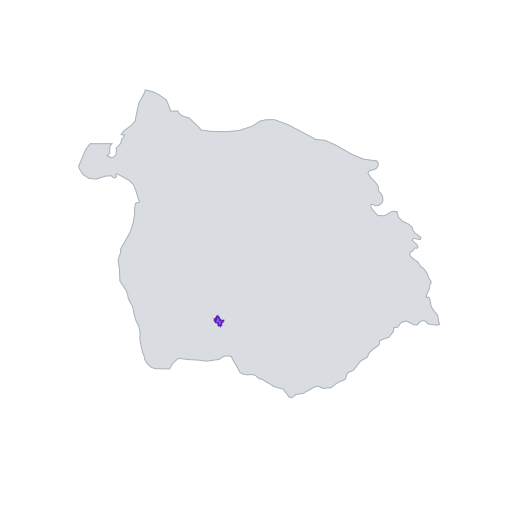 location of Panaci, Suceava, Romania, rotated 196°
{"feature_id": "2599482B10170445838699", "entity_name": "Panaci", "entity_type": "district", "adm_level": 2, "iso_a3": "ROU", "parent_name": "Romania", "parent_adm1": "Suceava", "projection": "orthographic", "projection_center": [25.439, 47.202], "detail": "fine", "context": "in_parent", "style": "filled", "palette": "violet", "viewbox_px": 512, "rotation_deg": 196, "n_neighbors": 0, "source": "geoboundaries", "source_scale": "gbopen_adm2", "svg_char_len": 5666}
<svg xmlns="http://www.w3.org/2000/svg" viewBox="0 0 512 512"><g transform="rotate(196 256 256)"><path d="M388.8,284.8L393.4,290.8L399.1,293.8L412.1,296.7L413.2,296.2L413.3,295.6L412.4,294.7L412.2,293.6L412.8,292.2L414.6,292.0L417.5,293.2L423.0,291.1L430.9,285.8L438.3,284.5L445.3,287.0L448.9,290.2L451.3,293.3L450.8,297.2L450.5,299.7L449.3,310.0L448.2,313.8L446.4,318.2L425.3,324.3L426.6,321.8L425.9,317.6L424.9,314.4L426.7,311.4L421.9,310.6L419.9,312.2L418.3,315.1L420.1,321.5L417.9,325.1L417.1,327.1L417.2,331.8L415.9,333.9L415.7,336.2L419.1,335.4L417.7,339.6L411.6,347.6L409.5,352.4L410.8,370.8L408.3,381.9L408.2,385.2L401.3,385.5L399.2,385.4L392.6,383.9L385.2,381.3L380.7,375.7L377.8,371.7L371.7,373.8L370.5,373.3L368.7,371.4L364.0,370.2L358.2,370.3L345.1,363.2L343.7,362.0L333.5,363.4L318.4,367.4L306.8,372.0L294.8,380.2L289.9,386.4L284.3,389.6L276.2,392.1L261.7,391.1L246.7,388.0L230.6,384.5L221.9,386.2L210.1,384.6L192.4,380.3L179.2,378.7L166.1,380.7L164.0,378.8L163.6,376.8L164.2,373.9L166.1,371.6L169.3,370.0L171.0,368.3L171.2,366.4L167.8,363.4L160.7,359.2L157.8,356.5L157.1,355.9L156.9,353.6L155.5,351.8L152.8,350.4L150.7,348.0L149.3,344.5L149.7,341.4L152.0,338.4L154.8,337.2L158.2,337.8L159.7,337.0L159.2,334.8L155.9,332.0L150.0,328.5L143.7,330.1L137.2,336.6L132.6,337.6L130.0,332.8L125.2,329.9L118.1,328.7L113.8,326.7L112.3,324.0L109.3,321.8L102.6,319.3L102.6,317.2L103.7,316.8L106.1,316.7L109.4,316.4L110.0,315.3L110.1,314.2L107.6,312.7L105.0,311.6L103.7,310.6L102.9,309.6L102.8,308.5L103.6,307.8L104.6,307.8L105.7,307.2L106.4,304.8L107.9,302.8L108.9,302.1L108.9,300.6L108.0,299.1L106.6,297.8L104.6,297.0L98.2,294.5L95.1,291.3L93.1,291.1L90.1,289.3L86.8,286.5L84.1,282.6L81.0,280.1L80.3,279.1L80.3,278.1L80.9,277.1L80.9,276.0L80.3,272.4L81.1,268.6L81.2,265.0L81.2,263.4L80.6,262.8L80.1,263.4L79.2,264.0L78.5,264.1L76.3,261.3L73.7,255.8L71.8,253.9L68.1,251.2L64.9,249.0L62.9,244.4L60.7,240.8L62.4,239.5L71.8,238.1L76.0,240.3L77.9,239.7L79.9,238.2L81.0,237.0L81.3,235.6L82.3,234.0L85.5,233.4L93.7,234.9L97.2,232.7L98.5,231.5L99.4,228.7L100.4,226.4L103.4,225.4L103.5,223.3L103.2,221.0L105.2,216.0L106.3,213.9L108.0,213.2L110.1,211.7L113.8,208.6L113.1,205.6L113.9,203.5L117.8,198.5L120.8,193.6L120.9,191.0L121.4,188.8L123.9,186.5L126.7,183.5L130.5,173.8L131.7,172.2L134.0,170.4L135.8,168.7L136.2,162.2L137.8,160.4L140.9,158.4L143.9,155.2L146.5,151.3L148.4,149.5L150.8,149.1L153.5,147.6L156.5,147.2L159.3,148.0L161.1,147.7L163.9,145.9L171.1,138.8L172.1,137.4L173.6,136.4L179.3,134.1L180.8,131.6L182.8,129.4L185.3,129.6L193.2,135.5L202.0,135.3L203.6,135.6L204.1,135.7L205.1,136.2L216.7,139.2L218.5,138.9L219.0,138.7L223.6,141.1L227.8,140.8L231.7,139.3L235.8,138.8L239.6,139.8L242.4,143.1L249.8,150.0L252.0,152.6L255.4,152.2L259.2,150.9L263.0,146.4L274.7,141.2L283.6,139.9L292.3,137.8L302.4,136.2L305.2,131.9L306.8,129.0L307.9,123.7L313.3,122.1L318.4,120.9L320.2,120.2L323.9,119.9L326.8,120.3L331.4,122.9L334.6,126.1L335.9,128.8L338.6,132.4L341.6,137.6L344.9,144.5L345.6,148.0L346.9,151.8L349.4,156.3L354.0,161.3L354.6,162.3L356.8,165.9L360.9,173.7L364.3,176.9L367.3,180.3L368.8,183.7L371.0,186.8L375.9,190.9L380.0,194.6L383.5,205.5L385.9,210.5L387.5,214.3L387.1,222.2L388.1,225.6L386.5,231.8L383.6,244.2L383.1,254.1L383.9,259.4L384.1,262.8L384.9,264.9L386.0,269.3L386.3,273.2L385.1,274.4L383.4,275.4L382.8,276.2L384.4,277.9L386.6,281.1L388.8,284.8Z" fill="#d9dde1" stroke="#a8b0b8" stroke-width="1"/><path d="M275.9,187.5L276.2,187.1L276.4,187.3L276.5,187.3L276.8,187.3L277.0,187.3L277.0,187.2L277.0,186.9L277.0,186.7L276.9,186.5L277.1,186.2L277.2,185.9L277.3,185.8L277.3,185.7L277.5,185.5L277.5,185.4L277.6,185.2L277.6,184.9L277.6,184.7L277.4,184.4L277.2,184.4L277.1,184.5L276.9,184.6L276.7,184.5L276.7,184.4L276.4,184.4L276.3,184.2L276.2,184.1L276.2,183.9L276.3,183.9L276.5,183.8L276.6,183.7L276.8,183.5L277.0,183.6L277.3,183.6L277.4,183.4L277.6,183.2L277.7,183.4L277.8,183.5L278.0,183.5L278.4,183.6L278.3,183.4L278.2,183.2L278.2,182.8L278.1,182.5L278.0,182.4L277.9,182.4L277.7,182.3L277.7,182.2L277.4,181.9L277.3,181.7L277.2,181.7L276.9,181.6L276.7,181.4L276.6,181.2L276.4,181.1L276.2,181.0L275.9,181.1L275.6,181.1L275.4,181.1L275.2,181.0L274.9,181.0L274.7,181.3L274.5,181.2L274.4,181.2L274.3,181.3L274.2,181.3L273.9,181.3L273.9,181.2L273.7,180.9L273.7,180.7L273.6,180.4L273.5,180.2L273.4,180.0L273.4,179.9L273.3,179.7L273.3,179.4L273.3,179.2L273.2,179.2L273.0,178.9L272.9,178.8L272.8,179.0L272.7,179.1L272.5,179.3L272.4,179.4L272.1,179.2L271.4,179.0L271.1,179.0L271.0,178.9L271.0,179.0L270.9,179.0L270.7,179.2L270.7,179.3L270.5,179.5L270.6,179.8L270.5,180.0L270.4,180.0L270.2,180.2L270.3,180.3L270.5,180.4L270.6,180.5L270.3,180.6L270.5,180.8L270.7,181.0L270.8,181.0L270.8,181.3L270.9,181.5L271.0,181.6L271.0,181.8L270.9,181.9L270.9,182.1L270.7,182.2L270.6,182.3L270.4,182.5L270.2,182.7L270.2,182.8L270.0,183.0L269.9,183.2L269.9,183.3L269.8,183.5L269.7,183.5L269.8,184.0L269.9,184.5L269.6,184.6L269.4,184.8L269.2,184.9L269.2,185.0L269.0,185.3L268.8,185.3L269.1,185.3L269.2,185.2L269.3,185.1L269.5,185.0L269.8,184.9L270.0,184.8L270.3,184.7L270.5,184.5L270.8,184.6L271.0,184.7L271.3,184.7L271.5,184.5L271.4,184.5L271.5,184.5L271.7,184.4L271.8,184.4L272.0,184.4L272.2,184.5L272.3,184.6L272.7,184.3L272.9,184.3L273.0,184.2L273.1,184.3L273.1,184.2L273.2,184.3L273.2,184.5L273.2,184.4L273.2,184.5L273.2,184.8L273.1,185.0L273.3,185.2L273.4,185.3L273.5,185.3L273.6,185.5L273.8,185.7L273.8,185.8L273.9,186.0L274.0,186.0L274.3,186.3L274.4,186.5L274.5,186.6L274.8,186.7L274.9,186.8L275.0,186.8L275.0,187.0L275.3,187.2L275.5,187.3L275.6,187.2L275.6,187.3L275.8,187.5L275.8,187.4L275.9,187.5L275.9,187.5Z" fill="#8b5cf6" stroke="#5b21b6" stroke-width="1.5"/></g></svg>